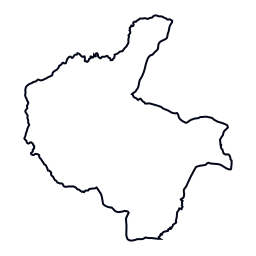 outline of Coper, Boyacá, Colombia
{"feature_id": "7082276B34459820199268", "entity_name": "Coper", "entity_type": "district", "adm_level": 2, "iso_a3": "COL", "parent_name": "Colombia", "parent_adm1": "Boyacá", "projection": "albers", "projection_center": [-74.028, 5.448], "detail": "fine", "context": "isolated", "style": "outline", "palette": "ink", "viewbox_px": 256, "rotation_deg": 0, "n_neighbors": 0, "source": "geoboundaries", "source_scale": "gbopen_adm2", "svg_char_len": 5703}
<svg xmlns="http://www.w3.org/2000/svg" viewBox="0 0 256 256"><path d="M172.1,20.7L170.5,19.7L169.5,19.3L168.1,19.6L167.3,19.5L166.1,18.4L165.2,18.2L161.9,16.5L160.4,16.3L158.6,16.3L157.0,15.6L155.8,15.4L154.1,15.7L153.2,16.3L152.2,17.5L149.5,18.1L148.1,18.8L147.3,18.9L145.6,18.3L144.5,18.2L143.3,18.5L140.5,18.5L139.6,18.7L139.0,19.5L136.5,20.9L135.9,21.8L134.7,21.7L133.7,22.0L133.2,22.8L133.2,23.3L133.5,23.8L133.6,24.7L133.6,25.1L133.2,25.8L132.8,26.1L132.1,26.2L131.7,25.5L131.3,25.5L130.7,26.9L129.8,27.7L129.7,28.1L130.1,29.0L129.6,30.0L129.5,30.4L130.2,31.3L130.3,32.1L130.1,33.3L128.5,35.3L129.0,36.4L128.3,39.6L128.5,42.1L127.9,44.0L127.1,44.9L126.8,46.0L124.3,48.6L122.5,51.1L119.8,51.7L117.5,53.6L115.5,54.3L114.6,54.8L114.7,55.6L114.3,57.6L113.6,58.5L113.0,58.9L112.6,59.8L112.3,60.0L110.7,60.2L110.2,58.5L109.7,58.0L108.4,57.5L107.6,56.1L107.2,55.9L104.2,56.8L102.5,56.7L102.0,56.8L100.8,58.2L100.2,58.3L98.4,56.9L98.0,56.0L98.0,55.0L97.6,54.0L97.1,53.3L96.7,53.2L96.0,53.5L95.6,54.3L95.5,54.9L95.9,56.0L95.7,56.4L95.3,56.4L94.6,56.0L94.0,55.1L93.9,56.3L92.9,57.5L91.8,56.7L90.6,56.5L90.4,56.9L90.8,57.9L90.8,58.2L89.2,58.8L88.4,60.9L87.4,61.8L86.9,61.9L86.2,61.2L85.3,61.3L84.8,60.9L84.9,57.5L84.5,56.4L83.8,56.4L83.0,56.9L82.5,56.9L81.1,55.9L79.5,54.1L78.1,53.3L77.3,53.3L77.1,54.2L76.7,54.7L75.3,54.7L74.6,55.1L72.6,57.8L71.7,57.8L70.8,56.7L70.4,56.6L69.2,56.9L68.5,57.5L67.3,59.0L65.8,63.2L64.9,63.4L64.2,63.2L63.7,63.2L63.0,62.7L62.0,63.3L61.8,63.9L61.1,64.7L59.2,65.8L58.8,67.2L56.9,69.7L54.5,71.0L53.0,72.4L52.6,73.2L52.3,74.9L52.0,75.5L47.9,77.3L46.3,78.4L44.7,79.0L42.6,80.1L40.7,80.4L38.5,79.7L37.8,79.7L36.0,81.3L33.1,82.1L32.3,82.8L29.3,84.1L28.3,84.7L27.0,85.8L26.1,86.9L25.5,88.6L25.3,91.2L25.6,92.6L25.1,95.0L25.3,95.9L25.8,97.6L26.5,98.6L26.8,99.7L27.6,101.4L28.1,102.0L28.2,102.5L28.2,103.2L27.6,104.8L27.0,105.5L26.9,105.9L27.3,107.8L27.2,108.3L25.5,110.5L25.3,111.7L27.6,115.4L27.4,117.9L27.5,118.5L28.0,119.7L28.2,120.4L28.2,123.0L29.2,124.5L29.2,124.8L27.4,128.7L26.9,130.8L25.8,133.8L25.5,135.8L24.4,138.3L24.4,138.7L25.0,139.5L26.5,141.0L26.7,142.1L27.2,143.0L28.1,143.5L28.6,143.5L29.5,143.1L30.2,142.4L31.0,142.3L32.8,143.5L33.1,144.8L34.1,145.9L34.3,146.5L33.9,147.4L34.2,148.2L34.1,148.5L32.7,149.8L32.9,150.7L32.8,151.5L31.1,153.0L31.0,153.8L31.9,154.6L33.1,155.1L33.9,154.9L35.0,154.0L35.4,153.9L37.1,154.0L38.9,154.8L39.2,155.5L39.3,157.0L39.5,157.6L40.3,158.5L40.7,158.7L42.2,161.1L43.2,162.3L43.9,164.0L45.6,165.1L46.3,166.1L47.6,169.2L47.8,170.4L48.1,170.6L49.4,170.7L51.2,172.5L51.2,173.3L51.0,173.8L51.3,175.1L52.1,176.0L52.8,176.5L53.3,177.1L53.9,178.4L54.8,179.9L56.1,180.7L57.4,182.5L60.2,183.5L61.5,183.4L62.2,183.6L62.5,183.8L63.7,186.1L65.1,186.8L67.3,186.7L68.8,186.4L71.8,186.5L73.5,186.4L76.2,187.8L76.9,188.9L77.5,189.4L79.0,189.6L80.7,191.1L82.0,191.8L82.9,191.5L83.5,192.1L83.8,192.1L84.1,192.1L85.4,190.6L88.0,190.5L88.3,190.4L89.1,189.2L90.1,188.8L91.0,188.9L92.0,188.5L94.2,188.5L95.1,188.3L96.5,187.5L96.9,187.9L100.9,193.8L101.8,196.5L103.0,203.5L103.3,204.2L104.0,204.9L105.5,205.9L107.2,206.7L109.7,207.4L111.6,207.5L113.0,208.8L115.0,211.0L117.1,211.9L118.5,212.1L120.3,211.9L122.8,211.5L124.5,210.9L127.2,211.3L128.1,211.9L128.6,212.6L128.6,212.9L126.2,217.9L126.0,219.4L126.5,225.9L126.3,234.7L126.6,236.5L127.1,238.2L127.8,239.3L128.7,240.0L129.9,240.4L131.3,240.6L133.0,240.4L135.6,239.8L137.2,239.1L142.4,239.1L143.7,238.6L145.4,237.5L147.6,237.9L149.4,238.1L151.0,238.0L158.1,238.8L160.0,238.8L159.0,238.2L158.8,237.1L159.0,236.7L159.8,236.3L160.0,236.0L160.6,234.3L160.8,234.1L161.7,234.7L162.1,234.5L162.1,233.4L163.6,231.9L166.3,231.2L167.7,231.0L168.1,230.7L168.0,230.0L168.5,229.2L170.6,228.9L170.5,228.5L169.9,228.1L170.2,227.7L170.7,227.5L171.7,227.6L171.9,227.1L172.6,226.2L173.0,224.8L176.2,222.5L175.9,220.7L176.7,217.4L177.1,212.6L177.7,211.4L179.0,209.7L179.2,208.5L179.7,208.4L181.5,209.1L181.8,208.1L182.6,206.7L181.8,205.3L182.2,204.0L181.9,201.7L182.0,201.4L182.5,201.2L182.6,200.8L180.8,199.6L181.2,198.9L182.9,198.1L183.8,196.9L184.2,193.9L183.8,191.9L183.9,189.8L184.3,188.9L186.1,186.6L190.7,176.7L194.1,170.3L196.0,167.0L196.4,166.8L199.2,165.9L204.9,165.0L206.0,164.5L207.4,163.1L208.9,162.8L210.5,163.5L218.1,164.1L221.0,165.0L226.8,168.6L229.4,169.4L230.4,169.5L230.8,169.3L231.1,168.7L231.6,163.8L231.6,160.5L231.1,160.1L230.5,159.2L230.3,157.5L229.5,155.4L228.9,154.8L228.1,154.4L225.4,154.5L225.0,154.1L223.8,153.6L223.5,153.1L222.3,149.4L221.6,148.9L221.1,147.9L220.9,146.8L220.6,146.1L221.2,145.4L221.2,144.8L220.4,144.3L220.3,142.0L220.0,140.7L220.1,140.4L220.0,139.7L220.3,139.2L221.8,136.6L222.9,135.2L223.4,132.9L224.0,131.5L224.4,130.9L227.8,127.6L227.7,126.2L227.2,125.3L226.3,124.7L223.0,123.3L217.2,121.5L215.4,120.4L214.3,119.9L212.3,118.1L211.6,117.8L206.9,116.8L204.6,116.7L202.5,117.0L201.0,117.0L200.2,117.1L199.1,117.8L198.1,118.2L195.0,118.5L191.0,119.8L187.0,122.5L186.1,122.8L185.5,122.7L182.0,120.8L180.0,119.1L179.2,117.9L178.6,116.6L178.2,114.7L177.1,113.1L176.8,113.0L176.4,113.2L175.7,113.3L174.2,113.3L171.6,112.6L168.3,110.6L162.8,108.4L161.8,107.4L160.9,106.8L157.7,105.7L149.7,103.4L145.4,103.6L145.1,103.5L144.2,102.2L142.9,101.4L142.1,100.6L140.6,98.7L139.6,98.9L138.1,100.0L136.1,98.2L133.8,97.1L132.8,94.9L132.6,94.5L131.9,94.2L132.3,93.7L134.1,92.5L135.5,91.5L138.0,87.7L138.4,86.5L139.3,81.8L139.8,80.0L142.1,76.2L143.7,72.3L145.0,67.9L145.7,64.7L146.7,61.4L147.7,58.7L148.5,57.3L149.8,55.8L150.6,55.2L151.8,55.0L152.6,54.5L155.0,51.9L157.2,50.0L158.0,48.6L158.4,44.6L158.8,43.6L159.8,42.2L160.6,41.5L165.7,39.0L166.9,37.9L167.5,35.7L167.8,33.6L168.6,31.6L169.5,26.8L170.1,25.4L172.0,22.3L172.2,21.5L172.1,20.7Z" fill="none" stroke="#020617" stroke-width="2"/></svg>